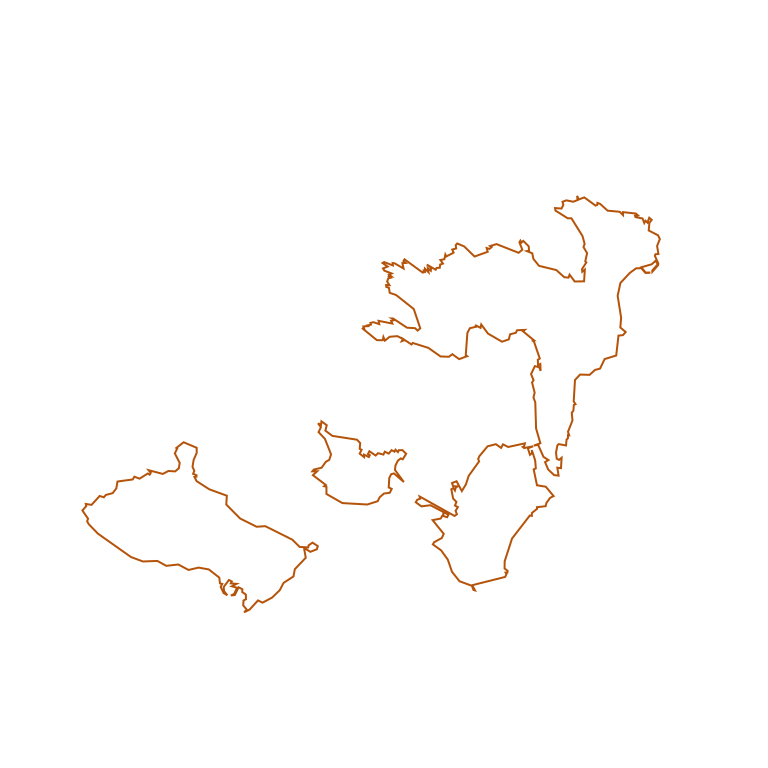 Giske nor, Norway (Albers equal-area conic projection), rotated 29°
{"feature_id": "86288312B39553824960786", "entity_name": "Giske nor", "entity_type": "district", "adm_level": 2, "iso_a3": "NOR", "parent_name": "Norway", "parent_adm1": "", "projection": "albers", "projection_center": [6.074, 62.527], "detail": "fine", "context": "isolated", "style": "outline", "palette": "amber", "viewbox_px": 768, "rotation_deg": 29, "n_neighbors": 0, "source": "geoboundaries", "source_scale": "gbopen_adm2", "svg_char_len": 6144}
<svg xmlns="http://www.w3.org/2000/svg" viewBox="0 0 768 768"><g transform="rotate(29 384 384)"><path d="M538.6,110.7L535.4,110.0L536.2,115.1L533.6,114.4L533.6,117.0L529.9,113.9L523.0,116.1L522.0,115.1L524.3,113.4L521.7,112.8L509.7,117.8L511.2,120.4L506.7,119.1L495.5,124.0L485.8,121.7L482.9,122.1L483.7,123.9L482.5,125.4L468.7,123.7L464.9,128.2L461.7,125.8L464.1,129.3L461.2,132.8L454.4,135.0L451.8,138.1L454.0,140.4L454.2,144.5L448.3,147.2L449.9,149.2L464.3,150.0L467.6,148.2L485.8,158.3L491.5,164.1L492.1,167.5L498.2,171.1L500.6,179.2L502.0,179.6L501.5,187.5L503.0,189.7L504.2,186.6L509.2,197.2L501.1,201.9L493.3,198.4L493.8,201.5L489.9,203.2L479.5,200.8L462.3,205.5L454.1,202.2L450.3,197.8L444.5,198.5L446.2,197.0L443.8,193.4L436.4,191.3L435.7,193.6L433.8,192.5L433.8,194.5L439.9,199.5L438.1,204.0L414.6,207.1L409.9,211.9L411.7,212.1L410.8,214.7L407.9,215.3L410.6,218.1L401.4,228.6L387.4,224.8L379.9,225.6L379.4,227.8L381.4,230.5L378.5,233.3L381.2,235.4L376.7,242.2L374.9,241.0L376.3,245.6L373.2,248.2L377.2,250.1L375.2,252.3L376.4,255.3L373.7,257.0L373.8,259.0L363.5,258.8L368.8,259.5L370.0,262.2L366.3,261.5L368.8,264.7L363.9,263.3L365.3,265.8L363.8,265.7L364.6,267.1L363.8,267.8L341.5,265.0L341.4,267.0L344.3,267.6L341.5,269.4L345.1,273.5L334.8,273.3L332.9,274.0L334.3,276.0L325.0,277.3L324.1,278.9L330.3,279.5L327.1,283.4L329.4,284.7L337.1,283.6L335.4,285.8L338.2,286.3L335.1,287.5L338.2,287.9L336.5,289.5L337.1,292.9L340.8,294.9L337.9,296.4L339.0,298.0L341.6,297.4L344.8,301.5L351.4,300.3L373.7,304.0L388.7,317.7L387.5,321.0L384.1,320.1L376.8,323.6L360.1,322.3L359.2,322.8L362.4,322.8L359.6,325.3L362.0,327.1L348.6,331.4L350.8,333.9L344.7,335.1L342.5,337.2L343.8,338.4L341.0,340.9L341.9,341.2L338.1,343.6L341.0,346.2L337.5,345.7L356.5,349.1L361.7,346.3L360.7,343.2L363.8,345.6L366.0,340.0L372.4,335.7L378.8,335.4L378.8,337.9L380.4,336.1L379.4,335.4L388.9,336.1L389.2,334.2L405.2,330.9L420.1,332.5L427.6,328.7L429.3,324.8L437.7,325.8L443.3,319.3L441.5,319.1L432.2,299.0L432.0,293.6L437.0,289.1L435.2,288.2L441.2,288.1L440.2,284.8L450.5,289.5L466.7,289.8L471.5,284.5L470.2,279.4L474.5,275.3L474.3,272.5L480.8,268.5L480.0,270.5L494.0,273.1L492.2,274.2L494.4,274.0L507.9,286.2L506.8,288.3L509.6,292.8L511.0,290.7L514.6,296.6L511.6,294.1L507.3,295.2L507.8,304.0L513.0,308.2L512.7,310.8L520.0,318.6L521.3,323.4L525.2,326.7L538.6,349.2L549.5,360.0L544.9,365.2L548.3,362.5L558.8,370.4L564.7,370.8L562.7,374.2L569.1,379.2L577.0,381.2L581.1,379.5L576.2,373.2L579.6,371.8L575.1,362.4L573.9,365.5L571.3,365.6L567.7,360.6L565.4,353.6L565.9,351.9L573.0,349.5L570.6,344.1L571.2,342.4L569.7,339.5L570.8,339.1L568.1,336.6L566.5,324.5L562.1,318.0L562.6,315.6L560.2,310.3L561.3,308.8L558.4,307.3L549.1,287.9L550.9,280.7L559.4,276.3L561.7,269.4L565.5,265.8L564.9,255.2L573.3,246.5L565.6,228.0L569.3,225.4L570.2,221.4L563.3,220.0L559.3,211.1L545.6,193.6L541.8,181.0L545.2,167.5L548.5,160.5L552.9,158.0L558.9,160.1L562.1,158.2L562.8,157.4L558.9,159.7L552.4,157.2L560.1,149.5L561.8,144.6L565.4,146.5L563.6,154.7L564.3,155.8L566.1,147.2L565.6,145.7L558.8,140.6L558.5,138.9L561.0,137.3L555.9,130.8L555.0,123.5L551.6,121.1L541.1,121.4L538.0,114.4L538.6,110.7ZM251.1,530.6L237.0,532.1L233.4,540.6L234.4,540.7L234.7,546.1L243.6,552.1L245.4,557.2L243.7,561.7L237.6,564.6L234.1,569.9L219.9,573.5L223.1,574.8L223.0,576.9L220.8,576.8L216.1,585.3L210.6,586.1L210.5,589.3L198.2,598.5L200.5,605.1L199.6,611.0L194.5,615.9L193.9,618.9L189.6,619.8L186.8,631.5L181.3,633.5L182.8,635.2L181.5,640.8L190.5,645.3L190.9,648.0L193.6,649.7L206.4,653.6L246.6,658.0L259.2,656.1L271.6,648.6L281.7,648.6L291.6,641.6L303.2,641.4L310.8,634.5L320.7,631.1L333.8,633.2L337.2,637.9L339.4,637.3L339.5,640.6L345.1,644.6L349.4,644.7L344.5,642.7L342.2,639.2L343.4,630.6L346.6,630.5L346.7,632.6L351.9,630.3L349.0,634.7L354.3,633.4L354.7,640.3L352.6,643.2L355.8,640.9L355.4,632.3L359.6,632.2L360.9,634.7L365.2,635.1L367.6,639.1L366.1,641.5L368.2,645.9L373.4,647.9L372.3,651.5L375.8,646.5L378.7,634.4L383.8,634.1L389.7,625.0L392.8,614.8L392.6,606.6L398.1,596.2L395.8,589.2L399.8,573.9L393.5,566.1L400.9,566.5L405.4,561.1L404.7,557.9L398.4,557.4L396.3,561.6L396.9,563.7L389.2,567.4L379.3,564.6L349.1,565.9L341.8,570.6L323.4,571.4L304.5,565.9L300.7,557.9L282.2,560.8L267.2,559.8L263.3,557.2L264.9,555.9L264.2,554.7L260.6,555.1L260.2,551.9L256.7,549.3L254.3,542.7L253.6,535.1L251.1,530.6ZM546.0,375.2L541.0,370.5L544.7,366.1L537.6,372.1L535.9,371.8L536.8,370.6L536.0,367.6L523.1,378.9L517.3,379.1L517.4,383.1L511.0,382.4L504.8,388.3L502.4,401.0L502.7,403.9L504.7,405.6L502.6,423.3L504.3,432.1L504.0,439.9L494.6,433.9L491.5,437.6L494.0,439.9L498.4,437.7L496.9,439.3L497.7,442.8L495.1,441.4L493.9,443.4L500.0,450.7L504.5,452.0L505.0,455.9L508.3,455.9L508.1,460.2L510.9,462.6L509.7,465.2L469.6,465.1L471.2,466.8L469.2,469.1L469.1,472.0L476.0,472.9L483.4,467.5L498.3,467.2L499.1,469.7L499.0,467.2L503.7,467.0L503.8,469.9L498.9,470.9L498.8,474.2L492.5,479.5L508.9,486.1L509.2,490.7L504.5,498.2L504.5,500.6L514.6,501.8L525.0,506.7L534.5,515.3L545.7,519.9L558.7,517.9L562.2,520.8L563.7,520.4L558.7,517.2L583.5,494.0L583.3,490.8L581.8,490.0L583.3,489.0L582.7,487.5L578.9,486.9L575.5,480.6L570.9,457.1L575.3,428.3L577.2,427.7L575.9,425.0L578.4,419.0L577.5,417.6L584.6,412.5L583.7,409.3L584.5,403.0L586.7,399.8L575.3,395.4L566.9,398.4L556.3,386.1L557.7,384.2L553.3,377.6L545.3,370.1L547.0,372.6L546.0,375.2ZM437.2,434.3L432.2,432.9L429.1,434.7L429.2,436.8L425.9,435.9L426.0,438.1L422.7,438.2L421.9,442.6L417.5,442.8L417.7,446.0L412.3,447.4L411.4,450.6L403.8,449.9L403.9,453.1L406.1,453.1L406.2,455.2L400.8,455.5L402.0,457.6L396.5,456.7L396.3,452.4L394.2,452.5L391.8,447.2L387.4,445.8L364.0,454.4L355.3,453.2L353.9,447.8L347.4,447.0L348.7,450.2L345.4,450.4L349.8,452.4L350.1,457.8L358.9,460.6L371.8,471.2L372.9,476.9L370.8,480.3L370.0,487.5L364.1,492.9L363.7,495.1L367.9,492.7L366.0,498.2L382.0,500.5L381.3,502.4L383.4,501.7L387.0,508.1L405.4,508.3L427.8,497.5L435.3,489.6L435.1,485.3L437.1,479.8L441.8,476.3L441.6,472.0L438.3,472.2L434.2,463.7L434.0,459.4L436.1,457.4L448.9,460.1L435.3,453.9L433.5,449.6L433.3,444.2L434.8,440.9L436.9,440.8L437.2,434.3Z" fill="none" stroke="#b45309" stroke-width="2"/></g></svg>